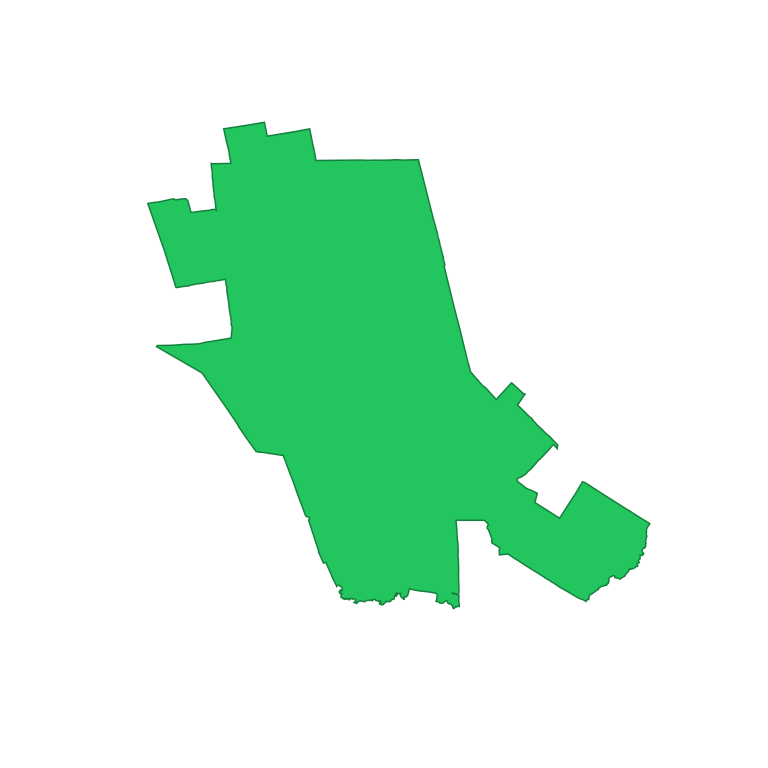 outline of Vanatori, Mehedinti, Romania, rotated 52°
{"feature_id": "2599482B58369047953244", "entity_name": "Vanatori", "entity_type": "district", "adm_level": 2, "iso_a3": "ROU", "parent_name": "Romania", "parent_adm1": "Mehedinti", "projection": "mercator", "projection_center": [22.926, 44.254], "detail": "fine", "context": "isolated", "style": "filled", "palette": "green", "viewbox_px": 768, "rotation_deg": 52, "n_neighbors": 0, "source": "geoboundaries", "source_scale": "gbopen_adm2", "svg_char_len": 6166}
<svg xmlns="http://www.w3.org/2000/svg" viewBox="0 0 768 768"><g transform="rotate(52 384 384)"><path d="M558.1,501.4L559.3,499.7L559.7,499.8L559.9,500.9L560.4,501.3L562.3,501.5L565.7,501.1L566.0,500.6L566.0,500.2L564.2,499.5L564.2,499.1L565.4,497.7L565.2,497.4L565.4,495.9L561.1,490.0L565.1,486.9L568.4,483.9L571.8,480.5L573.8,478.3L580.4,472.2L581.4,471.7L582.4,471.6L583.3,472.2L586.1,475.1L587.3,476.8L588.0,476.4L588.6,475.6L589.4,475.0L591.0,474.9L591.4,474.6L592.5,473.2L592.5,472.7L593.2,471.6L592.7,470.0L592.8,468.9L593.3,468.1L594.2,467.9L595.2,468.6L597.3,468.2L597.6,468.0L597.8,467.2L598.6,466.6L599.8,466.9L600.9,466.6L601.5,466.8L602.2,467.4L603.1,467.5L604.1,466.9L603.5,465.1L604.3,464.4L604.5,462.7L605.7,461.6L600.9,458.6L596.7,455.0L595.7,455.4L591.9,458.6L590.6,459.3L590.5,459.2L590.8,458.8L595.1,455.3L595.3,454.8L595.0,453.9L592.2,451.5L581.1,443.4L574.9,438.4L566.2,432.1L563.9,430.8L563.3,430.0L562.1,429.0L555.0,423.8L550.8,421.4L540.5,414.2L535.7,411.2L553.0,389.1L554.1,388.6L558.8,388.1L560.1,390.6L561.2,391.5L562.7,391.4L565.4,392.1L571.9,394.1L573.3,395.0L575.2,396.7L575.9,396.7L584.3,393.6L585.5,395.2L589.7,398.3L594.4,390.9L602.2,388.4L605.7,387.0L617.5,383.0L629.3,378.6L634.8,376.7L635.9,376.5L641.0,374.4L643.7,373.6L645.3,372.8L652.1,370.7L661.0,367.0L671.5,362.9L674.4,361.4L675.7,360.4L679.8,358.6L678.9,356.1L678.9,355.9L679.8,355.4L677.4,352.8L677.1,351.8L677.4,348.5L677.4,346.3L677.6,342.8L677.9,341.8L677.8,341.4L677.2,341.0L677.0,340.5L677.3,340.0L677.2,338.6L677.3,337.7L679.1,333.1L679.6,332.4L679.0,331.7L679.2,330.6L679.1,329.8L678.5,329.6L677.9,328.0L677.1,327.9L676.8,327.3L675.8,326.9L675.4,325.6L675.5,323.8L676.4,320.8L677.4,320.5L678.6,321.3L680.1,320.2L680.7,319.3L682.9,318.4L683.1,318.1L683.1,315.7L683.3,314.9L683.4,313.5L683.7,312.8L683.1,312.3L683.0,312.0L683.2,311.6L682.7,310.5L682.6,309.9L682.7,309.4L682.3,308.4L682.1,306.6L680.6,304.0L681.0,303.5L681.4,303.8L681.8,303.7L682.4,302.9L683.2,299.9L683.1,298.6L682.9,297.9L683.7,296.9L683.8,296.5L683.1,295.7L682.4,295.6L681.5,295.1L681.5,294.3L681.9,293.1L681.7,292.6L679.9,292.4L679.6,292.1L679.3,290.7L679.5,289.9L676.4,287.5L676.3,287.2L676.6,286.9L678.1,286.1L678.1,285.3L677.8,284.2L677.3,283.7L676.9,284.1L676.7,283.7L676.2,283.9L673.7,283.0L673.3,282.4L673.1,281.0L673.4,280.8L673.7,279.0L673.2,279.0L673.0,278.7L672.8,277.6L671.4,276.4L671.1,275.8L668.9,274.8L668.9,274.4L667.1,272.6L666.3,271.5L666.1,270.8L663.2,269.4L662.2,268.5L662.3,268.2L660.3,266.8L659.7,266.0L658.7,263.6L657.8,260.7L656.8,260.7L648.9,263.8L605.4,279.4L585.8,286.2L583.2,287.7L588.3,300.6L597.8,328.3L570.3,338.1L564.6,330.5L558.5,333.3L556.7,334.6L553.0,336.3L542.5,338.8L540.8,337.4L540.7,336.4L541.8,332.8L542.2,329.2L542.0,326.5L541.5,323.8L541.4,320.1L539.3,309.6L539.0,305.3L537.1,293.4L536.0,288.8L536.0,288.2L536.3,287.8L541.6,287.2L539.1,284.7L526.3,285.9L524.1,286.7L516.8,287.5L510.7,288.6L507.3,288.7L505.0,289.0L501.9,288.7L500.2,289.4L482.6,291.7L482.1,289.3L479.9,283.0L478.8,279.0L477.4,280.1L462.1,282.6L461.6,282.9L465.3,305.1L448.7,306.3L447.1,307.1L441.0,307.7L439.4,307.5L437.9,307.8L427.6,308.3L421.4,305.5L418.5,304.5L387.4,290.4L368.6,282.3L332.1,265.9L328.0,263.9L327.7,262.7L321.6,260.1L321.0,259.3L318.5,258.4L308.4,254.0L305.6,252.5L301.5,251.0L296.8,248.5L295.4,248.1L290.0,245.7L286.7,244.5L228.4,218.8L219.8,230.5L214.0,237.3L211.9,240.5L205.6,248.9L202.8,252.3L197.1,259.9L193.1,264.6L166.0,300.0L157.8,295.6L151.7,292.8L137.2,285.5L129.3,300.6L116.8,323.4L104.1,317.1L97.2,330.1L84.2,353.2L95.2,358.5L105.2,362.9L108.5,365.0L115.9,368.8L104.5,384.0L103.8,384.3L106.1,386.0L112.0,389.3L115.4,392.1L119.0,394.0L122.5,396.7L123.6,397.1L125.9,398.7L130.1,401.0L131.3,402.2L135.8,404.3L141.2,407.8L144.7,409.5L143.5,409.2L142.5,409.6L140.9,411.7L139.9,413.7L139.5,414.9L136.4,419.6L135.7,421.2L134.9,422.1L131.3,428.5L129.9,430.3L129.5,430.3L119.1,425.8L118.0,425.7L115.8,426.3L112.6,431.1L111.4,433.6L110.6,434.8L108.8,435.6L107.9,437.0L101.8,449.6L100.2,451.9L96.3,459.0L144.2,475.1L179.9,488.5L180.2,488.3L183.5,482.3L186.5,477.5L186.9,475.5L187.8,474.2L189.2,471.1L193.2,464.5L193.9,463.2L194.4,461.3L196.6,457.6L198.4,455.0L199.6,452.1L200.7,450.6L203.8,444.6L209.5,447.7L210.6,448.1L214.7,451.0L223.8,456.0L229.3,459.5L241.2,466.0L242.4,467.5L245.0,468.4L246.0,468.9L253.7,476.2L240.9,499.6L239.1,503.7L238.2,505.4L234.3,511.0L229.9,516.8L223.2,526.9L214.0,539.1L214.5,540.3L263.2,520.6L304.4,522.8L320.6,523.9L325.9,524.3L327.2,524.7L340.0,525.6L358.4,526.4L360.9,524.3L362.1,522.7L378.4,507.4L398.3,513.7L405.0,515.6L416.4,519.6L439.0,526.7L440.4,526.8L441.1,526.4L442.5,525.3L443.7,525.3L444.6,526.0L444.7,527.2L475.3,538.3L476.1,539.0L487.8,542.0L488.7,539.9L489.0,539.7L506.5,544.2L514.4,545.8L514.1,544.8L515.0,543.3L518.6,542.5L519.8,543.0L520.8,544.2L520.8,545.0L520.6,545.2L520.0,544.5L519.5,545.1L519.7,545.4L519.7,546.3L520.3,547.3L521.4,547.7L522.0,547.6L522.5,547.2L522.6,546.4L523.3,546.2L523.7,546.4L523.8,547.3L524.6,548.4L525.9,549.2L526.9,548.3L527.8,548.4L528.1,548.2L528.2,547.9L528.9,548.0L529.3,547.7L529.0,546.7L529.4,546.3L530.0,546.6L530.3,546.4L530.5,546.1L530.7,544.5L531.9,544.7L532.5,544.4L532.8,544.0L532.8,543.5L532.3,543.5L532.1,542.9L533.1,541.5L534.2,541.3L534.4,540.9L534.4,540.1L534.8,539.7L536.3,539.1L536.9,539.1L537.3,539.9L537.3,540.6L538.0,540.8L537.8,542.0L539.7,541.0L540.0,540.7L540.1,540.0L539.6,539.7L539.6,538.7L539.8,538.5L539.8,537.3L540.4,536.5L540.3,536.0L541.7,534.8L543.1,533.9L543.8,532.8L543.7,532.1L544.5,529.6L545.7,528.7L546.0,527.3L546.7,526.9L547.4,527.0L547.6,526.6L547.2,525.0L547.6,524.7L547.9,523.8L548.2,523.5L549.4,523.7L550.4,522.8L551.5,522.4L552.0,521.8L552.3,521.2L552.3,520.7L552.9,520.5L554.2,520.7L554.7,521.3L554.3,522.1L553.8,522.2L554.2,522.7L554.5,522.9L555.1,522.8L555.8,522.4L557.1,521.1L557.3,520.6L557.3,520.0L556.8,519.2L557.2,517.1L556.9,515.3L557.8,514.9L559.0,513.6L559.2,512.7L558.7,510.5L559.3,509.4L559.6,508.4L559.4,508.0L557.8,506.7L557.6,506.0L557.7,505.7L558.8,505.0L558.6,504.3L558.3,503.9L557.0,504.6L556.2,503.4L556.5,502.6L556.9,502.7L557.5,503.1L558.1,502.7L558.1,501.4Z" fill="#22c55e" stroke="#15803d" stroke-width="1.5"/></g></svg>